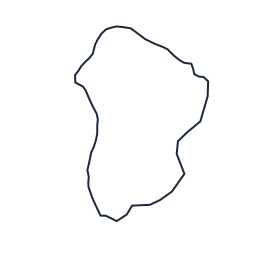 the district of Asomatos Keryneias, Cyprus, rotated 296°
{"feature_id": "46923920B22292626900654", "entity_name": "Asomatos Keryneias", "entity_type": "district", "adm_level": 2, "iso_a3": "CYP", "parent_name": "Cyprus", "parent_adm1": "", "projection": "natural_earth1", "projection_center": [33.086, 35.27], "detail": "fine", "context": "isolated", "style": "outline", "palette": "slate", "viewbox_px": 256, "rotation_deg": 296, "n_neighbors": 0, "source": "geoboundaries", "source_scale": "gbopen_adm2", "svg_char_len": 926}
<svg xmlns="http://www.w3.org/2000/svg" viewBox="0 0 256 256"><g transform="rotate(296 128 128)"><path d="M111.5,198.8L126.1,183.1L138.1,178.7L150.2,183.1L165.6,190.1L191.4,185.7L205.1,179.6L207.0,173.4L205.4,169.6L205.4,164.1L209.6,160.7L213.5,156.8L211.2,149.8L211.6,144.4L213.1,137.8L216.1,128.9L216.1,123.5L215.4,115.7L215.4,104.5L217.3,94.8L218.8,86.7L216.5,79.3L215.4,76.3L214.2,73.1L210.8,68.9L207.0,65.0L200.9,62.7L194.0,61.9L188.6,61.9L179.1,63.8L173.0,62.3L169.1,60.7L162.7,58.8L157.7,58.4L152.3,57.2L145.8,60.7L145.5,69.2L143.2,73.5L137.8,79.7L134.0,84.3L129.8,89.8L127.1,93.6L122.5,97.1L117.2,99.1L109.2,102.9L103.1,104.5L95.4,105.6L90.1,105.6L84.0,107.2L78.2,108.7L72.5,109.9L66.8,114.2L61.0,116.5L57.6,118.4L53.4,122.7L49.2,126.9L43.8,133.5L37.2,141.7L39.4,146.5L39.4,158.7L49.7,164.8L60.0,165.7L68.6,181.4L77.2,188.3L90.1,195.3L100.4,197.0L111.5,198.8Z" fill="none" stroke="#1e293b" stroke-width="2"/></g></svg>